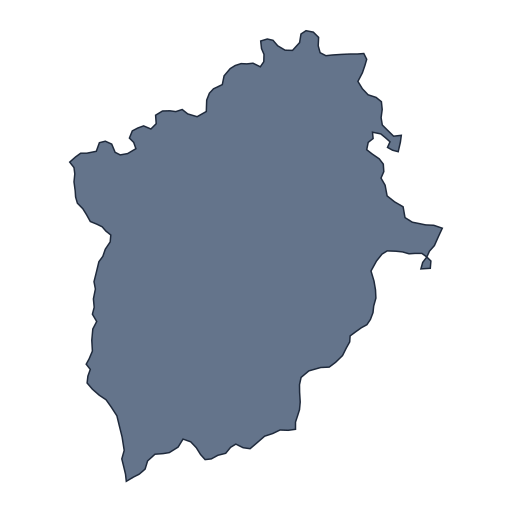 outline of Conceição da Barra de Minas, Minas Gerais, Brazil
{"feature_id": "56859067B78815771597461", "entity_name": "Conceição da Barra de Minas", "entity_type": "district", "adm_level": 2, "iso_a3": "BRA", "parent_name": "Brazil", "parent_adm1": "Minas Gerais", "projection": "mercator", "projection_center": [-44.485, -21.147], "detail": "fine", "context": "isolated", "style": "filled", "palette": "slate", "viewbox_px": 512, "rotation_deg": 0, "n_neighbors": 0, "source": "geoboundaries", "source_scale": "gbopen_adm2", "svg_char_len": 2628}
<svg xmlns="http://www.w3.org/2000/svg" viewBox="0 0 512 512"><path d="M426.8,257.0L429.5,251.1L434.4,245.6L438.3,236.8L442.3,228.2L433.8,225.3L425.6,224.9L419.4,223.6L412.3,222.2L405.0,217.6L403.1,206.8L394.5,201.8L387.1,195.9L385.1,185.2L381.0,178.1L383.8,171.6L383.3,164.1L379.2,158.8L372.2,154.0L366.7,149.7L368.2,142.4L373.1,138.5L372.5,132.2L380.8,133.9L385.3,137.6L390.0,141.8L387.5,147.4L392.5,150.2L398.2,151.7L400.4,142.1L401.3,135.3L393.6,136.2L386.9,129.6L382.3,125.0L381.1,117.7L382.2,109.5L381.4,101.7L376.1,97.4L368.1,94.8L362.4,88.8L357.9,81.4L362.4,72.8L364.9,65.5L366.7,59.3L363.8,53.5L357.5,54.0L350.7,54.0L341.5,54.4L332.3,55.0L325.9,55.7L320.1,52.7L318.2,45.8L318.6,37.4L313.3,32.1L306.0,30.7L301.0,34.0L299.6,42.6L292.5,50.4L285.1,50.2L277.7,45.8L273.0,40.3L267.3,39.0L260.7,41.0L261.5,48.5L264.0,54.4L263.8,61.7L260.3,66.8L253.0,63.2L246.8,63.9L241.1,63.6L235.2,65.5L230.2,68.6L224.1,75.8L222.3,84.6L213.5,88.8L209.4,93.2L206.7,100.1L206.3,111.5L197.1,116.7L187.7,113.9L182.2,109.5L175.8,111.6L169.9,110.8L162.5,111.0L155.6,115.2L156.2,123.7L150.9,129.0L143.6,125.9L137.8,128.0L132.3,130.9L129.4,138.1L133.7,142.4L135.9,148.7L127.6,153.6L120.2,154.9L115.1,152.3L111.7,144.1L105.3,141.2L99.4,142.7L96.3,151.3L86.8,153.2L80.7,153.2L75.6,156.9L69.7,162.1L74.0,167.6L74.8,173.9L74.0,181.9L75.2,190.9L75.6,197.0L77.4,203.2L82.8,208.7L86.6,214.8L90.3,221.5L96.9,224.2L102.2,226.8L105.9,231.1L110.8,235.0L110.2,241.9L105.3,249.2L102.8,256.4L98.9,261.7L96.3,272.5L94.0,281.7L95.4,289.0L93.4,298.9L94.2,307.3L92.4,314.2L96.7,321.5L92.8,329.0L91.8,340.2L92.4,351.1L89.1,358.9L86.2,364.2L90.3,369.4L87.9,376.1L87.1,383.0L92.4,389.2L99.1,395.1L106.1,399.8L111.2,407.0L116.9,415.8L119.3,425.7L122.1,437.0L124.2,450.4L121.8,458.9L123.9,467.4L125.5,474.1L126.3,481.3L133.4,477.1L139.3,474.1L145.1,469.1L147.6,460.9L155.0,454.2L163.2,453.6L169.3,452.6L178.1,447.1L183.0,439.1L190.7,441.8L196.3,447.7L200.6,454.6L205.1,459.6L211.3,458.9L217.8,455.3L225.7,453.3L230.6,447.3L235.8,444.1L243.1,447.7L250.1,448.7L257.0,442.8L264.6,436.2L272.8,433.5L280.0,430.0L288.2,430.3L295.5,429.3L295.5,422.1L297.7,415.4L299.5,409.7L300.2,402.0L299.6,392.2L299.5,384.6L301.1,377.4L308.8,370.9L320.7,367.5L329.2,367.1L335.6,362.3L342.5,355.6L346.4,347.8L349.7,341.9L350.1,335.9L355.4,332.0L361.4,327.7L366.9,324.7L370.4,319.5L373.0,312.6L373.7,306.0L375.9,298.1L375.5,289.9L374.0,281.1L371.0,271.0L376.5,261.0L382.0,254.1L387.2,250.9L395.7,251.2L402.5,251.9L409.0,253.8L414.8,253.4L421.9,253.4L426.8,257.0ZM426.8,257.0L422.7,262.4L420.9,268.9L430.3,268.3L430.9,261.0L426.8,257.0Z" fill="#64748b" stroke="#1e293b" stroke-width="1.5"/></svg>